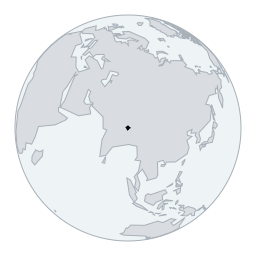 Bheri highlighted on a globe, orthographic projection, rotated 33°
{"feature_id": "NPL-1124", "entity_name": "Bheri", "entity_type": "District", "adm_level": 1, "iso_a3": "NPL", "parent_name": "Nepal", "parent_adm1": "", "projection": "orthographic", "projection_center": [81.774, 28.487], "detail": "medium", "context": "on_globe", "style": "filled", "palette": "ink", "viewbox_px": 256, "rotation_deg": 33, "n_neighbors": 0, "source": "natural_earth", "source_scale": "10m", "svg_char_len": 10969}
<svg xmlns="http://www.w3.org/2000/svg" viewBox="0 0 256 256"><g transform="rotate(33 128 128)"><circle cx="128" cy="128" r="113" fill="#eef3f6" stroke="#a8b0b8"/><path d="M162.9,20.9L169.3,24.3L174.4,26.6L170.9,25.4L182.7,31.0L188.2,35.1L180.0,29.8L177.7,28.8L180.5,31.1L178.8,30.6L179.1,31.5L176.7,30.9L172.2,28.2L170.6,27.9L172.6,29.5L171.6,30.2L168.8,27.8L166.7,28.7L158.7,25.2L153.1,20.5L146.8,19.1L136.0,16.3L135.1,16.5L130.4,16.0L127.6,16.2L126.4,15.9L125.2,16.4L126.8,16.6L126.8,17.0L125.3,17.2L123.5,16.8L124.0,16.6L122.7,16.6L122.5,16.4L121.8,16.6L119.8,16.3L119.5,17.0L116.0,17.1L115.3,16.8L118.3,16.3L123.7,15.4L131.6,15.4L139.6,16.0L147.4,17.0L155.2,18.7L162.9,20.9ZM107.8,17.2L110.0,16.9L106.5,17.6L101.9,18.5L99.9,18.9L97.8,19.5L97.1,19.8L90.9,21.6L86.9,23.1L97.2,19.7L107.8,17.2ZM178.5,28.6L176.8,27.5L179.0,28.7L178.5,28.6ZM179.6,31.8L180.6,32.3L180.3,32.6L179.6,31.8ZM111.8,16.6L110.9,16.7L111.0,16.7L111.8,16.6ZM113.6,16.4L114.2,16.2L115.2,16.1L114.7,16.2L113.6,16.4ZM176.5,32.0L175.7,32.4L175.7,31.5L176.5,32.0ZM112.5,16.6L116.8,16.0L118.4,15.9L118.1,16.2L112.5,16.6ZM174.8,32.4L173.0,33.9L175.1,35.0L168.0,32.8L171.9,32.1L171.5,30.7L173.1,31.9L174.8,32.4ZM128.0,16.6L126.2,16.4L129.1,16.4L128.0,16.6ZM129.8,16.6L138.7,16.9L140.6,17.6L137.3,17.3L140.9,18.2L137.4,18.4L134.7,17.9L134.1,17.4L133.2,17.9L129.8,16.6ZM164.4,31.5L163.3,31.6L163.5,31.1L164.4,31.5ZM127.1,17.1L128.7,17.0L130.5,17.6L127.5,17.9L127.9,17.6L127.1,17.1ZM143.5,18.5L144.3,19.1L141.7,19.4L141.7,19.7L137.5,18.5L143.5,18.5ZM126.7,17.6L126.0,18.1L123.8,18.1L125.6,17.3L126.7,17.6ZM132.2,17.6L132.9,18.0L131.5,17.9L132.2,17.6ZM115.6,18.7L117.5,18.4L118.5,18.6L115.6,18.7ZM125.9,18.3L126.6,18.3L127.3,18.4L126.4,18.8L125.9,18.3ZM136.0,18.9L134.8,18.9L137.6,19.4L135.8,19.7L133.3,18.9L133.6,19.4L133.1,19.6L131.7,18.8L136.0,18.9ZM127.4,19.5L123.6,18.9L119.8,19.4L118.8,19.1L125.0,18.5L127.4,19.5ZM130.0,19.1L128.1,19.3L127.7,18.8L128.8,18.4L130.0,19.1ZM135.4,20.4L138.8,20.0L139.3,20.2L135.4,20.4ZM126.3,19.7L127.3,19.9L126.1,19.8L126.3,19.7ZM132.7,20.2L133.9,20.0L134.3,20.2L132.7,20.2ZM128.2,20.5L126.9,20.2L127.6,19.9L128.2,20.5ZM130.3,20.4L130.6,20.8L128.6,19.9L130.7,20.3L130.3,20.4ZM133.0,20.5L133.6,20.6L132.4,20.5L133.0,20.5ZM126.3,22.0L123.5,21.0L125.0,20.2L127.5,21.3L126.3,22.0ZM21.0,92.9L22.0,90.2L24.7,83.5L36.7,71.9L36.4,75.6L42.7,80.9L43.0,82.8L39.3,87.2L41.6,99.4L45.9,96.7L50.9,105.0L56.2,107.9L63.4,99.1L54.8,94.1L56.2,88.5L65.6,88.3L73.6,93.1L74.4,91.1L71.8,84.4L76.2,82.1L71.2,81.9L71.4,84.5L68.3,84.5L67.9,82.2L69.5,81.4L67.8,79.3L60.8,84.2L60.2,87.4L54.2,85.1L52.6,90.2L50.1,91.3L51.8,83.0L53.6,80.8L54.8,70.8L52.4,72.8L51.1,82.6L50.4,81.1L47.1,84.5L49.0,80.8L51.0,70.1L47.3,68.1L38.2,73.4L36.9,72.0L37.9,68.1L45.7,59.6L47.6,63.8L50.4,61.3L53.8,55.9L54.1,57.8L55.7,56.2L56.8,57.7L62.1,56.1L63.8,57.4L69.4,53.3L71.1,53.5L67.2,55.8L65.5,58.3L70.1,62.1L72.0,61.8L75.4,59.0L76.2,60.6L78.8,57.4L83.3,58.5L80.1,54.6L83.9,51.7L88.5,50.7L89.2,49.2L81.7,50.8L79.2,52.2L77.9,54.4L70.7,58.1L68.3,57.6L73.8,51.4L71.0,50.2L76.5,46.4L93.5,43.6L98.8,44.6L99.8,52.2L96.5,53.4L94.5,51.2L93.0,55.9L94.8,54.3L95.5,55.8L99.3,53.7L100.0,54.7L102.5,51.2L103.7,52.2L102.1,54.4L108.9,52.8L112.5,54.5L113.7,53.7L114.0,52.3L118.4,55.7L119.0,54.9L117.9,53.5L118.5,51.2L121.3,48.6L122.6,49.9L121.8,51.0L122.2,55.5L119.8,58.6L120.6,58.9L123.0,56.6L122.6,51.0L123.9,49.1L124.6,51.6L124.4,50.5L125.5,50.0L127.8,50.8L127.3,48.1L137.2,41.8L142.7,43.1L142.2,45.7L150.6,43.8L156.2,46.0L155.1,44.6L158.4,43.1L156.7,42.4L156.4,41.6L164.0,38.4L166.9,38.9L168.9,36.5L168.3,35.9L166.3,35.3L168.0,32.8L175.1,35.0L176.1,36.3L179.9,37.1L181.5,40.0L184.5,43.0L184.0,46.2L186.4,48.6L187.7,48.7L191.9,52.2L196.5,59.8L187.4,53.2L179.5,43.3L182.2,47.1L180.0,46.3L180.0,47.7L182.1,50.6L183.3,50.9L178.4,56.7L180.2,65.7L184.0,64.3L187.5,66.4L192.8,76.9L190.0,93.5L194.7,97.7L195.8,100.9L193.4,103.6L191.8,98.9L188.4,97.8L187.8,95.0L183.5,98.2L182.5,94.3L179.6,99.0L182.0,101.8L186.2,100.2L184.1,106.4L189.8,110.9L191.7,117.5L186.2,130.7L178.9,135.6L178.7,137.8L175.1,135.9L171.3,140.7L178.7,151.3L178.8,154.7L172.2,162.0L171.9,159.6L162.4,154.7L161.3,162.7L168.5,168.3L171.0,175.4L165.8,173.8L163.2,167.5L159.8,165.6L160.3,158.7L156.6,148.7L151.3,151.1L151.3,146.9L145.4,138.5L137.5,141.5L125.3,152.5L124.3,163.0L119.8,167.3L112.5,151.8L111.3,141.3L107.4,141.9L101.0,132.3L86.1,129.1L85.2,126.1L82.1,126.7L77.8,122.8L76.9,117.8L73.7,117.2L76.6,130.2L80.1,130.9L84.7,127.5L84.7,131.8L89.0,136.5L80.0,144.6L59.9,147.5L59.9,139.3L55.1,113.7L56.4,111.5L56.5,111.2L56.5,110.7L54.0,114.0L53.9,109.1L54.3,126.2L53.5,132.8L59.6,147.8L58.5,148.7L61.1,152.2L71.8,152.6L71.4,155.1L65.1,165.1L52.1,175.5L55.0,186.1L56.0,194.0L50.5,196.0L53.7,202.3L51.2,202.6L52.8,205.8L52.3,207.7L50.5,208.2L44.6,203.5L42.2,200.3L36.0,192.1L26.5,173.9L25.8,168.2L24.3,162.2L20.3,145.6L21.0,139.3L20.5,135.2L19.1,133.7L18.7,128.8L18.1,127.3L15.7,120.7L16.4,112.9L16.9,109.5L18.6,101.1L21.0,92.9ZM29.3,79.9L28.2,81.7L29.3,79.9ZM79.9,103.5L86.1,106.0L86.9,98.8L89.3,99.3L88.7,96.8L86.9,98.3L85.9,91.7L89.9,90.8L91.0,88.0L89.0,87.1L81.9,89.8L83.2,99.0L80.3,101.1L79.9,103.5ZM63.6,47.1L62.7,48.7L60.5,50.0L58.4,49.2L61.6,47.2L63.6,47.1ZM62.0,50.8L68.1,45.4L69.6,46.0L67.7,46.5L68.1,47.5L65.2,48.6L60.8,54.8L58.6,56.4L55.9,53.5L58.0,53.4L58.7,51.7L62.0,50.8ZM80.7,33.3L83.3,31.7L83.3,34.9L80.8,36.1L78.6,35.1L80.1,33.1L80.7,33.3ZM111.1,17.6L112.1,17.3L112.6,17.4L112.2,17.6L111.1,17.6ZM116.4,18.5L107.2,19.1L107.9,18.8L101.8,20.0L101.2,19.5L105.2,18.7L100.1,19.4L103.5,18.5L99.9,19.2L108.9,17.4L111.7,16.9L108.8,17.6L109.2,18.0L110.3,18.0L115.4,17.7L121.7,17.0L123.2,17.5L122.6,18.1L121.3,18.3L120.7,17.8L119.4,18.5L117.6,18.0L116.4,18.5ZM114.1,28.3L114.0,27.0L111.0,29.6L109.2,28.6L109.0,28.9L106.5,28.8L103.0,29.4L102.7,28.8L101.5,29.3L99.8,29.3L98.1,29.9L96.8,29.1L94.6,29.7L95.2,29.0L91.7,30.4L93.8,29.1L91.8,29.2L90.9,30.4L88.1,26.3L85.4,26.0L82.1,26.8L86.0,24.7L91.6,22.9L97.5,21.8L99.6,22.5L101.0,21.6L102.4,21.8L100.7,22.4L104.1,21.5L104.8,21.9L110.0,21.8L114.5,20.7L116.6,20.8L115.2,21.4L118.2,21.1L116.9,22.4L118.3,22.5L118.4,24.1L114.8,25.4L116.7,25.5L116.9,26.9L114.1,28.3ZM126.2,22.5L122.3,24.0L119.4,24.3L120.4,21.4L119.3,21.1L119.8,19.6L124.0,19.3L123.5,19.7L123.9,20.1L122.4,20.0L124.0,20.4L123.3,21.0L124.3,21.5L122.7,21.8L126.2,22.5ZM45.2,81.9L45.7,82.8L47.0,83.7L45.0,86.0L45.2,81.9ZM46.4,74.6L47.2,74.9L44.9,78.3L44.3,77.4L46.4,74.6ZM49.5,72.4L47.4,74.6L48.2,72.9L49.5,72.4ZM68.2,56.0L69.2,56.4L68.6,57.1L67.1,57.9L68.2,56.0ZM104.8,36.9L105.2,35.8L106.0,35.7L108.8,33.7L110.4,34.4L109.3,35.9L104.8,36.9ZM60.9,99.9L58.2,101.0L57.9,99.6L58.9,99.5L60.9,99.9ZM50.4,93.3L51.9,96.1L49.8,93.9L50.4,93.3ZM106.9,37.3L108.0,36.4L108.1,37.4L106.9,37.3ZM111.7,34.9L112.2,35.9L110.9,34.3L111.7,34.9ZM111.5,236.9L113.5,237.6L111.6,237.4L111.5,236.9ZM71.5,198.3L69.9,209.8L65.5,208.3L63.0,204.1L62.4,196.7L66.9,196.0L68.7,192.9L71.5,198.3ZM195.1,186.6L197.8,186.3L197.7,186.7L195.1,186.6ZM192.4,185.9L195.6,185.2L191.8,187.0L192.4,185.9ZM196.8,184.9L200.0,183.1L201.4,182.0L201.0,183.0L196.8,184.9ZM190.2,186.5L177.8,189.0L172.8,188.7L174.1,186.9L182.2,185.8L190.2,186.5ZM173.7,186.9L165.8,183.4L154.2,170.5L158.4,170.4L170.3,177.6L169.6,179.2L174.3,182.2L173.7,186.9ZM192.2,174.7L191.4,179.2L184.7,180.3L181.6,180.2L179.4,175.1L180.7,172.0L183.3,171.6L192.7,159.6L196.1,161.2L193.4,166.1L196.1,169.2L192.2,174.7ZM124.8,164.0L127.7,170.2L125.2,171.1L124.8,164.0ZM196.0,151.5L192.6,156.9L195.6,150.1L196.0,151.5ZM197.5,145.4L198.0,147.6L196.3,145.8L197.5,145.4ZM179.0,141.0L176.3,142.0L176.0,140.4L179.3,138.1L179.0,141.0ZM193.1,123.1L193.9,127.9L193.7,129.7L192.0,127.1L193.1,123.1ZM121.7,44.3L116.0,46.0L112.9,48.2L112.7,50.7L110.4,48.2L115.2,44.8L121.7,44.3ZM135.2,41.9L135.2,40.0L136.8,40.5L137.0,41.1L135.2,41.9ZM134.0,41.0L131.1,39.3L132.2,38.1L134.3,39.6L134.0,41.0ZM118.8,37.8L117.0,38.2L116.9,37.4L118.8,37.8ZM207.1,208.2L207.4,207.9L205.4,209.8L204.0,210.9L205.5,208.4L203.4,210.3L206.4,207.0L203.0,210.4L203.3,208.9L201.1,209.4L182.5,220.3L179.1,220.8L181.3,218.4L180.9,212.7L182.2,212.5L183.1,208.0L194.9,200.6L203.7,189.9L208.7,188.4L213.4,180.6L218.0,178.7L215.7,184.3L219.4,184.9L224.6,172.1L224.2,181.9L225.2,183.6L222.4,189.5L218.6,194.9L213.1,201.8L207.1,208.2ZM236.9,155.8L237.2,154.9L237.2,155.2L236.9,155.8ZM201.7,185.1L205.6,180.6L207.6,179.7L201.7,185.1ZM237.0,155.0L236.6,155.7L236.7,155.0L237.0,155.0ZM237.2,153.5L237.3,152.6L237.2,154.2L237.2,153.5ZM236.7,153.0L237.0,153.6L236.6,153.3L236.7,153.0ZM236.3,153.8L235.9,153.7L236.0,153.4L236.3,153.8ZM229.5,162.0L231.3,165.2L229.4,166.8L227.4,165.3L225.1,169.9L220.2,172.3L221.6,169.7L221.1,167.1L215.6,168.7L214.5,167.2L216.6,164.9L212.7,165.0L217.0,162.3L218.6,165.6L221.0,161.2L224.7,160.0L228.0,159.2L230.2,160.3L229.5,162.0ZM216.7,171.2L217.4,170.9L216.6,172.4L216.7,171.2ZM235.1,152.7L235.7,153.8L235.6,154.4L235.2,154.5L235.1,152.7ZM230.8,159.2L233.4,153.7L233.9,153.3L232.1,158.5L230.8,159.2ZM233.0,152.1L234.0,151.5L234.4,152.9L234.2,153.6L233.0,152.1ZM207.8,171.2L207.6,172.4L206.4,171.9L207.8,171.2ZM209.4,169.9L212.9,169.8L209.1,171.0L209.4,169.9ZM198.0,169.7L199.1,172.1L202.7,169.3L200.0,172.6L202.2,176.3L201.3,178.2L199.1,174.1L198.0,179.3L196.4,179.7L195.7,175.7L197.4,170.0L199.0,167.4L205.5,164.5L198.0,169.7ZM209.5,166.7L208.5,163.8L209.2,161.4L210.2,162.7L209.5,166.7ZM205.3,157.1L202.4,154.2L200.1,156.4L204.6,149.5L206.7,153.5L205.3,157.1ZM202.5,149.5L200.3,151.5L202.4,147.7L202.5,149.5ZM199.5,150.4L199.0,147.8L200.9,147.6L199.5,150.4ZM203.7,149.2L203.6,144.6L204.8,147.0L203.7,149.2ZM197.5,142.1L202.0,145.3L196.6,144.9L195.1,136.2L197.3,135.4L197.5,142.1ZM201.9,102.8L200.7,100.5L202.3,99.3L202.7,101.2L201.9,102.8ZM206.5,94.0L202.3,98.2L198.8,101.9L200.5,102.6L200.7,107.2L197.6,103.9L199.2,98.2L202.1,96.2L201.3,92.5L202.8,89.3L200.7,85.2L200.9,83.0L203.7,86.2L206.5,94.0ZM199.6,83.5L196.4,76.0L200.1,75.9L201.6,77.4L201.5,80.9L199.6,80.7L199.6,83.5ZM196.7,74.3L194.9,74.1L186.2,64.7L185.3,62.8L193.8,69.4L192.5,69.7L194.0,72.2L196.7,74.3ZM164.2,32.2L163.3,31.7L164.6,32.0L164.2,32.2ZM155.4,41.3L155.2,40.3L156.7,40.5L155.4,41.3ZM155.5,37.9L154.0,38.2L155.1,37.3L155.5,37.9ZM150.6,39.3L153.1,38.1L151.5,40.1L150.6,39.3Z" fill="#d9dde1" stroke="#a8b0b8" stroke-width="1"/><path d="M128.5,129.1L128.4,129.1L128.2,129.2L128.2,129.3L128.0,129.1L127.9,129.0L127.7,129.0L127.7,128.9L127.4,128.7L127.2,128.7L127.0,128.3L127.0,128.2L126.9,128.2L126.7,128.2L126.8,128.1L127.1,127.7L127.1,127.3L126.9,127.3L126.7,127.2L126.8,127.0L127.0,127.2L127.4,127.2L127.5,127.2L127.5,127.3L127.6,127.5L127.7,127.4L127.5,127.2L127.4,127.1L127.4,126.9L127.5,126.9L127.6,126.7L127.7,126.8L127.9,127.0L128.0,127.0L128.3,127.0L128.5,127.0L128.7,126.9L128.9,126.8L129.0,126.8L129.1,127.0L129.3,127.0L129.2,127.2L129.0,127.4L128.9,127.4L128.9,127.6L128.7,127.7L128.7,127.8L128.5,127.7L128.4,127.8L128.4,128.0L128.3,128.3L128.5,128.3L128.6,128.5L128.4,128.6L128.5,128.7L128.5,128.8L128.7,129.0L128.5,129.1Z" fill="#0f172a" stroke="#020617" stroke-width="1.5"/></g></svg>